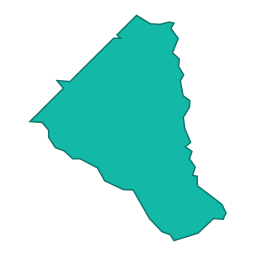 outline of Wheeler, Georgia, United States of America
{"feature_id": "52423323B75387394783245", "entity_name": "Wheeler", "entity_type": "district", "adm_level": 2, "iso_a3": "USA", "parent_name": "United States of America", "parent_adm1": "Georgia", "projection": "orthographic", "projection_center": [-82.703, 32.114], "detail": "fine", "context": "isolated", "style": "filled", "palette": "teal", "viewbox_px": 256, "rotation_deg": 0, "n_neighbors": 0, "source": "geoboundaries", "source_scale": "gbopen_adm2", "svg_char_len": 769}
<svg xmlns="http://www.w3.org/2000/svg" viewBox="0 0 256 256"><path d="M136.6,15.4L117.0,34.8L120.4,38.2L113.8,38.2L90.7,61.0L70.0,81.6L57.0,80.6L63.4,88.3L35.9,115.7L30.0,121.5L42.1,122.4L48.6,130.1L48.7,137.4L55.5,147.7L64.2,150.9L72.8,158.8L80.0,158.7L97.5,167.9L104.7,180.8L123.4,189.6L133.1,189.9L149.6,218.7L162.0,231.7L170.4,234.8L173.9,240.6L198.0,233.1L213.4,218.6L223.4,219.2L223.8,217.5L226.0,213.1L221.9,204.4L197.3,185.7L197.2,176.3L192.5,175.3L195.2,167.0L189.4,158.8L191.9,151.5L185.3,146.8L190.6,142.4L184.6,128.2L183.3,117.2L189.5,107.3L189.8,100.6L183.1,95.7L180.3,80.9L183.7,74.9L178.6,66.6L179.2,58.9L172.4,52.8L178.2,38.5L170.9,28.4L174.0,23.1L169.0,22.1L160.1,24.4L150.2,23.8L136.6,15.4Z" fill="#14b8a6" stroke="#0f766e" stroke-width="1.5"/></svg>